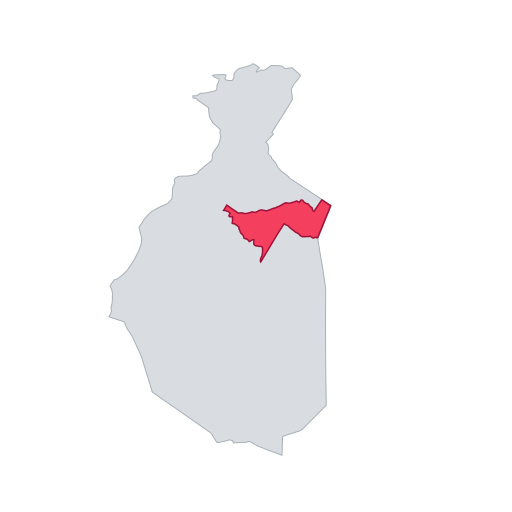 Ingall, Agadez, Niger shown in context, rotated 123°
{"feature_id": "23599985B91742674817727", "entity_name": "Ingall", "entity_type": "district", "adm_level": 2, "iso_a3": "NER", "parent_name": "Niger", "parent_adm1": "Agadez", "projection": "albers", "projection_center": [6.528, 17.43], "detail": "fine", "context": "in_parent", "style": "filled", "palette": "rose", "viewbox_px": 512, "rotation_deg": 123, "n_neighbors": 0, "source": "geoboundaries", "source_scale": "gbopen_adm2", "svg_char_len": 5034}
<svg xmlns="http://www.w3.org/2000/svg" viewBox="0 0 512 512"><g transform="rotate(123 256 256)"><path d="M387.1,346.3L383.0,346.5L380.7,347.4L377.8,349.8L374.4,350.8L370.4,352.9L367.9,354.6L365.5,356.0L362.3,359.2L361.3,361.6L358.0,362.2L353.3,361.9L350.3,359.6L343.4,357.3L338.9,356.4L336.9,356.2L326.4,356.0L315.3,357.2L309.6,358.5L308.6,358.8L305.4,360.3L302.8,362.1L295.7,369.8L286.1,369.7L280.4,369.0L275.6,367.8L268.8,364.3L260.4,358.9L257.2,358.2L254.3,357.8L253.3,357.9L243.4,363.4L241.5,363.3L239.1,363.9L237.6,365.3L236.5,365.9L235.3,366.1L233.7,365.8L232.2,364.9L230.6,363.4L226.5,357.4L225.7,356.3L223.9,354.5L221.0,351.7L219.0,350.4L217.8,350.1L216.3,350.3L208.4,347.9L200.4,345.3L198.7,345.6L197.4,346.1L194.6,348.0L191.4,348.3L187.3,348.1L185.0,347.9L181.4,348.4L178.9,349.2L175.7,350.4L171.6,353.8L170.4,354.3L169.4,354.8L167.9,364.3L166.7,367.1L164.6,370.9L160.4,374.4L157.5,376.5L157.4,379.5L157.1,384.3L157.0,387.6L157.2,389.7L156.7,390.7L156.5,391.7L156.6,393.1L157.3,393.7L157.7,394.6L157.4,395.3L156.0,396.2L154.6,394.0L152.7,392.4L150.6,391.7L149.2,390.6L148.5,389.1L145.8,386.1L139.6,380.1L139.0,379.9L138.0,379.6L136.2,380.3L135.0,381.3L134.3,381.6L133.1,381.7L130.1,382.3L127.7,383.3L127.6,384.0L128.7,388.5L128.1,390.9L127.0,389.7L123.7,385.2L121.4,381.8L120.9,381.0L120.6,379.9L120.9,379.4L121.8,379.1L124.0,378.7L124.4,378.3L124.6,377.4L124.3,375.7L123.1,373.4L121.9,371.8L121.2,371.5L119.9,371.4L118.5,371.6L115.7,373.4L114.6,373.7L111.8,373.5L109.4,373.1L107.9,372.1L103.6,368.2L98.8,364.2L96.7,363.5L96.3,363.1L96.0,360.1L96.2,356.4L96.5,355.5L98.5,356.1L100.7,356.5L101.4,355.8L99.7,354.5L97.3,353.1L96.4,351.1L95.7,350.4L94.6,349.6L93.3,349.2L92.1,348.6L91.2,348.0L89.7,347.7L88.2,347.3L86.1,344.0L84.1,340.8L82.9,338.3L82.5,336.8L83.2,334.3L82.6,333.3L80.3,330.6L78.4,328.2L79.0,324.5L79.5,321.5L79.6,319.5L80.0,318.4L80.3,317.2L81.6,316.9L84.9,317.0L91.4,317.8L96.7,317.3L97.0,317.2L100.8,314.0L104.9,310.7L111.1,310.5L117.7,310.3L122.9,310.2L130.5,310.2L136.7,310.1L143.8,309.9L144.0,308.3L144.5,308.0L145.2,307.9L150.4,308.9L155.3,309.8L155.7,306.8L160.0,303.1L162.5,302.4L163.1,301.7L163.9,300.5L164.4,298.5L164.6,297.1L165.6,296.0L166.2,293.9L167.2,290.2L169.6,286.3L171.1,281.0L171.4,275.9L171.7,272.0L172.4,271.2L172.5,264.3L172.5,257.4L172.6,251.5L172.6,244.2L172.7,237.8L172.7,230.8L172.8,224.6L172.8,220.4L177.7,219.5L182.8,218.5L190.2,217.1L198.1,215.5L206.9,213.8L208.8,212.8L215.4,206.8L218.4,204.1L224.2,198.8L228.7,194.6L234.5,189.4L240.5,184.1L245.4,179.8L252.9,175.0L264.3,167.7L275.6,160.4L286.9,153.0L298.2,145.6L309.4,138.2L320.6,130.8L331.7,123.3L342.9,115.8L354.3,118.2L365.2,120.5L376.1,122.7L378.7,124.0L384.7,128.9L392.4,135.2L392.7,135.3L393.0,135.3L400.0,131.1L409.0,125.7L412.0,139.2L414.4,150.8L414.8,158.3L415.0,160.2L415.8,161.5L417.6,162.7L425.0,173.2L423.6,175.1L424.8,178.4L426.7,179.8L432.8,185.9L433.6,187.1L433.3,188.2L429.6,195.9L429.0,197.8L428.7,207.5L428.4,214.4L428.1,223.7L427.7,235.0L427.4,244.5L427.0,257.0L426.6,268.9L420.9,275.6L410.9,287.6L402.7,297.3L398.6,303.8L390.6,316.4L387.2,324.4L384.4,328.7L382.9,330.5L384.5,336.3L387.1,346.3Z" fill="#d9dde1" stroke="#a8b0b8" stroke-width="1"/><path d="M217.7,279.0L219.7,280.2L221.1,283.4L221.7,283.8L222.6,284.4L223.1,285.0L224.0,285.7L224.9,286.5L226.4,288.2L227.6,291.6L228.2,292.2L229.6,294.2L229.5,301.5L229.2,308.2L232.8,308.1L235.2,308.0L235.4,308.0L234.4,306.0L234.1,304.4L233.9,302.7L234.1,301.6L234.2,301.0L235.4,301.0L236.8,300.7L237.4,300.2L237.4,299.1L236.5,298.2L235.7,297.2L236.6,296.6L237.0,296.3L237.9,295.9L238.5,295.2L239.7,294.7L241.6,293.7L240.7,291.4L240.8,287.9L241.2,285.8L241.6,285.7L242.8,284.7L242.9,284.3L243.7,283.1L244.5,282.2L245.1,281.0L245.4,279.5L245.6,278.5L246.3,277.1L247.0,276.3L247.6,275.9L247.4,274.8L246.7,272.1L246.8,271.7L247.4,270.1L247.6,269.6L246.1,268.6L244.8,268.1L243.5,266.9L243.4,266.7L244.4,266.1L245.1,265.6L246.3,265.0L247.2,264.3L247.4,264.0L247.7,262.6L247.7,262.1L247.2,260.9L245.9,258.0L245.0,256.8L245.0,256.5L245.2,256.1L245.3,255.2L245.6,254.7L246.0,254.7L247.5,253.7L248.9,252.8L249.9,252.2L250.8,251.9L252.6,251.0L254.3,251.0L256.2,250.5L256.9,250.1L257.4,249.9L258.0,249.5L258.4,248.8L251.8,249.0L246.4,249.2L234.8,249.6L226.5,249.9L213.7,250.0L213.6,248.1L213.4,246.7L213.2,245.7L213.2,245.0L213.6,243.9L213.9,242.3L214.1,239.9L214.4,236.5L214.5,235.5L214.3,235.0L214.2,231.6L214.8,230.3L214.6,227.7L212.9,225.1L211.8,223.8L211.0,222.3L209.9,221.4L209.9,218.0L209.3,217.2L208.0,216.7L207.8,215.9L207.7,214.8L206.9,214.3L203.4,215.0L196.7,216.2L189.0,217.7L183.4,218.8L179.1,219.5L173.5,220.8L173.1,220.8L173.0,231.4L187.2,231.7L187.0,232.9L186.2,234.1L185.0,235.3L185.0,237.1L183.9,241.1L184.5,241.7L184.7,243.6L184.5,245.7L183.8,247.2L184.5,248.7L187.4,249.0L187.7,251.9L189.0,252.8L192.9,256.0L193.6,256.7L195.1,259.9L196.7,261.1L201.1,263.3L203.9,265.3L205.7,266.3L206.2,267.2L208.0,268.4L209.3,269.3L211.5,271.0L212.6,272.1L213.3,273.9L214.4,276.6L216.0,278.1L217.7,279.0Z" fill="#f43f5e" stroke="#9f1239" stroke-width="1.5"/></g></svg>